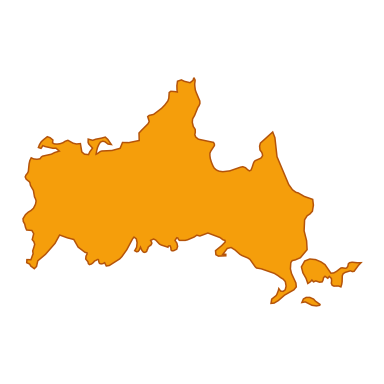 SVG path tracing the border of Yamaguchi
{"feature_id": "JPN-1826", "entity_name": "Yamaguchi", "entity_type": "Prefecture", "adm_level": 1, "iso_a3": "JPN", "parent_name": "Japan", "parent_adm1": "", "projection": "robinson", "projection_center": [131.623, 34.219], "detail": "fine", "context": "isolated", "style": "filled", "palette": "amber", "viewbox_px": 384, "rotation_deg": 0, "n_neighbors": 0, "source": "natural_earth", "source_scale": "10m", "svg_char_len": 4672}
<svg xmlns="http://www.w3.org/2000/svg" viewBox="0 0 384 384"><path d="M312.7,199.4L313.4,205.1L312.4,211.2L310.0,213.9L307.1,215.8L304.6,219.8L304.1,230.8L306.6,240.8L307.1,249.7L300.4,257.7L295.3,259.9L292.2,260.6L290.8,262.6L290.4,268.9L291.5,273.5L295.9,283.0L296.3,286.9L293.9,289.8L284.6,295.1L278.3,300.6L274.1,303.1L271.0,303.4L271.7,299.1L276.1,295.6L276.8,294.5L278.3,290.7L278.8,288.6L280.6,291.1L283.1,291.4L285.2,289.8L286.1,286.1L285.3,281.6L283.2,279.2L280.6,277.6L278.1,275.7L274.4,273.4L261.2,268.8L256.5,268.0L255.2,266.8L250.0,259.4L247.7,257.9L241.9,255.5L239.9,254.3L235.1,250.0L231.1,247.5L227.3,248.4L222.8,254.3L225.8,254.3L225.8,255.8L218.4,256.1L215.9,254.7L215.5,250.7L221.7,245.6L225.2,242.0L225.0,240.4L223.1,239.9L220.1,237.6L207.9,233.0L199.9,236.0L196.8,235.2L194.2,237.0L187.6,239.8L185.2,240.4L179.5,240.4L178.5,239.5L177.8,238.0L176.8,237.7L175.0,240.4L176.9,243.2L177.6,246.4L176.7,249.2L173.7,250.7L172.2,250.8L171.4,250.5L171.0,249.7L170.9,248.0L170.2,245.9L169.0,245.8L167.9,246.6L167.9,247.2L161.2,245.0L159.4,244.0L155.7,240.0L153.6,239.0L150.6,240.4L151.7,242.4L151.8,243.6L150.6,245.5L150.1,245.4L148.1,247.3L147.8,248.8L147.1,249.7L147.0,250.6L146.5,251.6L144.8,252.4L143.4,252.1L142.1,250.6L141.1,248.8L140.5,247.2L139.4,249.8L138.2,251.4L136.7,251.8L134.7,250.7L136.6,247.3L137.1,242.7L136.3,238.8L134.0,237.1L132.6,238.8L126.8,249.7L121.9,256.6L119.7,258.9L109.3,265.5L106.3,266.0L104.6,262.7L103.0,263.6L101.1,263.9L99.5,263.4L98.8,261.8L98.4,259.6L97.4,259.5L96.0,260.4L94.5,261.0L94.2,261.5L93.0,262.8L91.4,264.0L89.5,264.6L88.4,263.7L87.9,261.7L85.7,259.0L86.0,256.1L87.1,254.0L87.0,252.8L85.1,252.4L78.1,247.1L73.8,239.5L67.3,237.8L59.6,235.0L55.0,243.4L45.5,254.3L37.8,260.8L36.5,266.5L34.3,268.7L30.8,266.1L29.7,264.1L26.7,262.7L26.9,259.6L30.9,259.7L33.1,253.7L32.7,250.9L33.9,247.2L34.7,244.3L33.8,241.6L32.2,239.6L33.7,233.7L31.9,230.5L26.6,230.0L25.5,227.4L24.7,224.0L23.3,221.5L23.0,218.7L25.5,214.6L28.3,212.1L31.0,210.5L33.5,208.2L35.5,204.2L36.1,200.9L35.4,198.7L34.5,196.9L33.4,190.5L30.5,185.5L29.9,182.7L29.4,181.8L26.2,179.2L25.2,176.9L26.0,175.0L27.4,173.3L28.3,171.5L29.1,163.8L29.8,160.7L31.2,157.8L33.6,158.9L37.0,159.3L40.0,158.8L41.4,156.9L42.7,156.1L51.4,154.2L54.7,152.5L59.3,151.1L56.0,148.2L53.0,148.3L44.9,146.5L42.8,145.6L41.5,147.8L41.0,148.4L38.4,147.5L39.5,144.6L41.3,141.7L43.6,139.6L47.3,136.7L50.1,137.7L52.9,140.0L52.5,142.8L54.3,143.9L57.0,144.1L60.1,143.7L63.0,142.7L65.1,141.3L67.9,140.3L73.1,143.2L76.5,144.0L80.4,143.6L81.8,151.9L84.5,154.2L88.5,154.6L89.8,151.8L92.5,148.1L88.7,143.9L88.1,142.3L88.2,139.1L92.7,140.3L95.8,139.2L101.6,138.1L105.3,137.1L107.8,139.4L111.3,144.5L108.1,144.1L104.9,141.7L102.8,141.2L100.4,142.1L98.9,144.4L97.6,147.3L96.7,150.6L96.1,154.2L97.6,153.5L100.3,151.5L101.8,151.0L112.0,150.5L120.1,148.3L122.5,142.5L128.9,142.6L139.2,140.5L139.0,133.0L141.8,130.0L148.0,123.8L149.2,121.5L147.7,116.6L149.2,115.4L153.6,114.4L161.6,108.3L164.9,104.9L167.9,100.9L168.8,98.2L169.2,92.5L170.8,91.3L175.1,91.6L177.3,92.0L177.0,89.8L176.9,85.6L177.5,81.2L181.4,79.9L184.3,81.3L190.0,82.7L193.0,80.4L193.6,78.4L194.0,78.1L194.9,79.5L195.1,80.6L194.7,83.9L194.8,86.0L195.3,89.9L196.1,92.2L199.8,101.0L199.9,103.5L199.0,105.7L197.8,107.5L194.6,115.4L192.6,118.9L192.3,122.3L193.3,126.5L195.2,129.4L195.3,132.3L194.8,134.7L195.7,137.0L198.4,139.2L213.5,142.4L214.4,144.1L214.4,145.6L210.8,151.1L209.9,153.2L209.9,155.7L210.3,158.6L211.4,162.2L212.8,165.6L214.2,168.1L216.4,170.0L219.1,171.2L222.8,171.7L229.7,170.9L240.4,167.2L242.8,166.7L245.5,167.7L247.6,169.7L249.4,170.9L251.0,170.1L252.1,167.4L253.5,163.1L254.2,161.7L255.1,160.7L260.8,158.2L261.8,157.0L262.6,155.6L262.2,153.4L261.5,152.0L260.0,150.0L259.6,146.1L260.4,143.1L272.7,132.0L274.9,137.7L277.0,156.7L288.7,184.5L292.4,189.7L295.9,192.3L298.2,192.9L304.2,196.4L311.1,198.8L312.7,199.4ZM311.9,280.0L310.9,281.3L309.9,282.1L307.8,283.5L306.1,278.5L302.9,272.8L301.4,266.9L304.7,261.0L309.8,259.0L315.6,259.6L321.0,261.9L325.0,264.6L330.9,273.2L333.8,272.9L336.5,271.4L340.9,268.0L342.2,267.8L345.4,268.3L346.6,268.0L347.8,266.4L348.4,263.7L349.6,262.7L352.1,262.2L357.7,262.8L361.0,262.7L358.5,265.3L354.1,271.3L352.4,271.6L350.4,270.8L345.2,272.4L343.2,273.7L342.3,275.7L342.1,281.8L341.7,284.3L340.9,286.9L338.5,286.0L333.9,286.1L332.2,285.3L331.3,283.2L331.6,280.8L331.4,278.5L329.3,276.4L327.8,278.3L325.0,276.3L323.6,277.6L323.0,280.2L322.1,281.9L319.5,282.2L315.8,280.9L313.5,281.9L311.9,280.0ZM313.6,299.1L315.4,301.1L320.0,304.4L319.7,305.3L316.4,305.9L312.0,305.3L305.3,301.9L301.9,302.5L303.4,299.0L306.2,297.4L309.8,297.4L313.6,299.1Z" fill="#f59e0b" stroke="#b45309" stroke-width="1.5"/></svg>